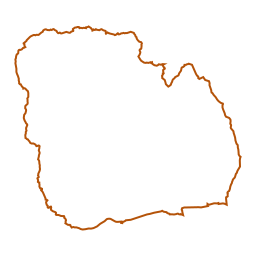 Aricestii Zeletin, Prahova, Romania
{"feature_id": "2599482B40802977516899", "entity_name": "Aricestii Zeletin", "entity_type": "district", "adm_level": 2, "iso_a3": "ROU", "parent_name": "Romania", "parent_adm1": "Prahova", "projection": "mercator", "projection_center": [26.154, 45.226], "detail": "fine", "context": "isolated", "style": "outline", "palette": "amber", "viewbox_px": 256, "rotation_deg": 0, "n_neighbors": 0, "source": "geoboundaries", "source_scale": "gbopen_adm2", "svg_char_len": 5618}
<svg xmlns="http://www.w3.org/2000/svg" viewBox="0 0 256 256"><path d="M226.7,204.7L226.1,199.1L226.1,197.3L227.3,196.7L227.7,196.3L227.6,194.9L227.8,193.6L227.5,193.3L227.5,192.4L228.4,191.4L229.1,191.0L229.3,190.6L229.9,188.9L230.3,186.6L231.1,184.4L231.8,183.2L232.1,181.8L232.7,180.5L232.8,179.8L233.6,178.7L234.4,178.0L235.0,177.0L235.9,173.9L236.9,172.7L237.2,171.4L238.0,169.9L240.0,166.6L239.8,160.2L240.2,157.7L240.6,156.9L239.4,155.8L238.7,154.5L238.5,151.3L238.3,149.4L237.8,147.4L237.8,145.9L237.6,144.9L236.5,143.7L236.0,142.1L235.5,140.6L235.1,137.5L234.1,134.2L233.8,133.5L233.4,131.2L231.0,128.4L230.7,127.7L231.1,125.3L231.0,124.8L230.3,123.8L230.6,121.0L230.4,119.5L229.1,117.9L226.0,116.7L225.1,115.1L224.7,113.3L223.1,109.4L222.5,107.5L222.5,105.3L222.9,104.3L222.7,104.1L222.8,103.6L220.7,102.8L218.6,101.2L217.2,99.6L215.7,97.2L213.7,95.0L212.4,93.0L211.6,92.6L211.4,92.0L211.2,90.1L209.5,85.2L209.6,83.2L209.0,81.2L205.2,80.0L203.2,77.1L199.4,78.9L199.2,78.6L198.7,78.5L198.3,78.2L198.4,77.3L198.3,76.9L197.7,76.4L197.6,75.9L197.0,75.6L196.0,73.9L192.0,64.8L188.7,63.7L188.1,64.1L187.1,64.2L185.9,64.9L184.5,64.9L184.3,66.2L183.6,66.5L183.3,66.9L182.0,67.4L181.6,67.8L181.0,70.7L179.1,73.4L178.6,75.1L178.3,75.5L175.2,77.1L174.4,78.3L173.0,79.4L172.5,80.3L172.1,81.8L171.3,83.2L170.8,84.8L169.3,86.0L168.3,86.6L165.9,84.2L165.3,81.8L164.7,80.0L162.2,78.0L162.3,77.0L162.0,75.9L163.0,74.3L163.1,74.0L162.8,73.9L162.8,73.5L163.6,73.3L163.2,71.5L163.1,70.1L163.9,69.3L164.7,68.8L164.8,68.4L164.4,67.6L164.0,67.6L162.5,65.0L164.0,64.2L162.5,64.1L161.0,64.7L158.8,64.3L158.0,65.1L156.8,65.7L155.8,65.5L154.4,65.2L152.6,64.0L152.2,63.5L152.0,62.2L151.1,62.6L150.9,62.9L150.5,62.6L150.4,62.3L148.4,62.9L146.7,62.6L145.9,62.9L144.5,62.7L144.0,62.6L141.1,60.7L140.2,59.4L138.4,56.5L139.6,54.7L140.3,52.7L140.3,52.0L139.6,50.5L139.6,50.1L140.0,49.4L141.1,48.8L141.3,48.4L141.6,45.7L141.4,44.8L141.9,43.4L141.2,42.2L139.2,41.7L138.7,41.0L138.0,40.5L136.7,38.6L136.5,37.2L135.6,36.5L135.2,35.0L134.2,33.9L134.1,33.3L133.8,32.9L130.7,31.8L126.9,33.1L125.8,33.0L124.7,33.3L123.6,32.9L122.2,33.3L121.3,33.3L120.0,34.1L118.9,34.4L118.4,34.3L118.1,33.4L117.7,33.3L115.7,34.9L114.8,35.1L114.0,34.5L109.7,33.5L108.9,33.1L108.4,33.1L107.5,32.4L107.0,32.5L106.4,33.4L106.0,33.7L105.8,33.4L105.8,32.0L105.5,30.9L103.3,30.3L101.6,29.2L100.7,29.4L99.4,30.2L96.5,29.7L95.9,29.2L94.9,30.0L94.4,29.9L93.5,29.4L93.2,29.5L92.9,30.4L92.4,30.6L92.2,29.7L91.6,28.9L91.2,28.6L91.0,28.1L88.6,26.5L87.9,27.0L85.7,27.4L85.5,27.6L85.7,28.1L83.5,27.8L82.3,28.2L80.8,27.8L79.6,28.2L79.4,28.1L79.1,27.2L78.5,27.0L77.4,27.0L76.5,27.4L74.9,27.6L72.9,29.0L72.9,29.5L73.3,30.5L73.2,31.0L71.3,31.6L70.3,32.6L69.3,32.8L66.3,31.9L61.7,33.4L60.9,33.4L59.8,32.6L58.8,33.1L58.1,33.1L57.1,32.1L56.5,30.9L54.7,30.0L53.7,29.1L53.0,29.2L51.7,30.0L50.6,29.6L49.9,30.1L49.5,30.2L47.3,30.0L45.9,29.3L44.5,29.6L43.2,30.5L42.7,31.8L41.4,32.5L38.6,34.9L36.4,34.8L35.3,35.3L34.6,35.0L33.6,35.0L31.0,36.2L30.0,36.9L26.7,40.2L26.4,41.0L23.6,43.3L23.7,43.7L24.4,44.1L24.5,46.0L25.3,47.1L24.2,47.7L23.0,48.0L21.9,49.3L20.5,49.9L19.4,49.8L18.8,50.1L18.4,50.7L18.2,53.2L17.8,53.7L16.7,54.5L16.1,56.4L15.9,58.3L15.4,59.3L15.7,61.7L15.4,63.1L16.4,68.7L16.4,71.9L16.9,73.6L18.0,76.2L18.8,78.8L18.7,80.2L19.0,81.3L19.2,82.6L19.1,83.3L19.8,84.2L20.7,84.3L21.9,86.5L23.1,87.6L23.3,88.6L24.2,88.2L24.8,88.3L25.5,88.8L27.0,90.5L27.6,90.8L28.0,91.6L28.3,93.0L28.3,96.9L27.3,98.5L27.6,100.0L27.5,101.1L27.7,102.5L27.6,103.7L27.3,104.2L26.4,104.9L25.3,106.1L25.2,108.3L26.0,109.5L26.1,110.6L25.5,113.1L24.2,114.8L23.8,117.6L23.9,118.5L24.7,120.7L25.5,122.0L26.0,123.2L27.0,124.2L27.3,125.0L26.1,128.0L26.2,129.8L26.5,130.7L25.8,131.9L25.8,133.5L25.3,135.0L25.5,138.0L26.3,138.4L26.9,139.1L28.0,139.5L28.5,140.4L29.5,141.4L30.1,142.7L30.8,143.2L32.0,143.6L33.0,143.4L33.9,143.7L35.5,144.6L36.4,146.1L36.9,146.1L38.5,145.5L39.2,145.7L39.6,146.2L39.4,147.2L39.3,148.4L38.8,150.3L39.6,152.6L39.6,153.2L38.9,155.4L38.9,156.2L38.1,159.4L38.9,160.3L39.2,161.1L39.4,163.7L39.8,165.2L39.7,166.9L40.0,169.1L39.6,170.9L38.3,173.7L38.3,174.6L38.0,175.4L38.6,176.4L38.7,177.1L37.5,178.1L37.4,178.4L38.1,180.1L37.9,181.9L38.1,182.1L39.3,182.5L39.2,183.3L39.4,183.9L39.5,184.9L39.4,186.6L40.2,188.3L41.4,188.4L42.0,188.8L42.0,189.5L41.2,189.9L41.1,190.2L42.5,191.7L43.1,192.8L45.4,198.1L45.6,199.6L46.6,199.7L47.4,200.3L46.2,201.9L46.1,202.7L46.7,204.8L47.7,205.8L47.6,206.8L47.7,207.4L48.2,207.8L48.8,207.8L50.3,206.7L51.0,206.7L51.2,207.5L50.9,209.1L51.1,209.9L52.8,211.2L55.5,212.2L56.0,212.8L55.8,214.5L56.2,214.9L58.6,215.0L61.1,216.0L64.0,216.1L64.3,216.7L64.2,217.6L64.4,218.0L65.2,218.5L65.9,219.8L66.0,220.5L65.6,221.1L65.7,222.4L65.4,223.3L68.1,224.9L70.0,224.9L70.4,225.2L70.7,226.3L71.5,227.1L71.7,227.5L73.3,227.0L74.6,227.4L76.5,227.4L79.4,228.3L80.5,229.0L82.6,229.5L85.4,229.2L88.6,228.5L91.1,228.6L93.5,228.1L97.1,226.4L100.2,223.8L104.6,221.2L106.7,219.2L107.5,218.9L109.1,218.7L110.6,218.9L114.9,221.3L116.1,221.8L117.6,221.9L121.2,221.6L121.1,222.9L122.3,223.1L122.6,221.8L123.5,221.8L125.4,220.8L125.8,220.3L130.7,219.8L147.1,214.4L149.9,213.9L154.2,212.7L161.0,211.4L162.2,210.8L163.6,211.7L166.6,212.2L167.3,213.1L169.5,213.8L169.7,214.4L172.0,214.3L174.0,214.5L176.2,214.1L177.2,213.7L178.1,213.7L179.1,214.3L180.2,214.4L180.7,214.1L181.1,214.5L181.8,214.5L183.1,215.1L182.3,211.9L182.1,210.2L181.8,210.0L181.7,209.4L182.1,208.2L184.2,207.5L198.6,207.2L201.1,207.4L207.7,206.1L207.4,205.7L207.5,203.9L208.5,204.6L209.2,204.7L214.1,203.3L217.1,203.4L218.4,203.0L218.6,204.0L222.9,203.4L224.5,203.7L226.7,204.7Z" fill="none" stroke="#b45309" stroke-width="2"/></svg>